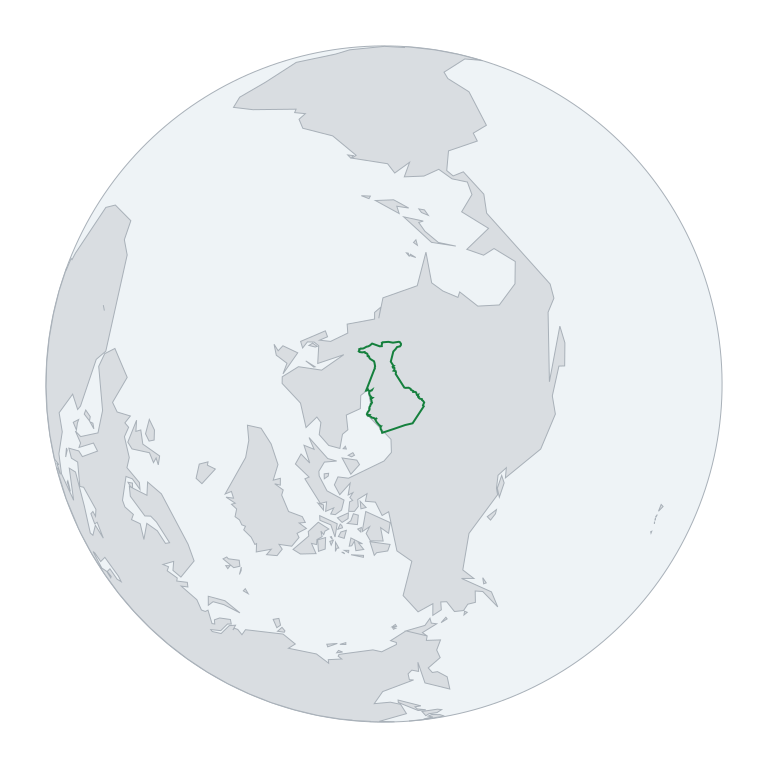 the Earth from above Ontario, rotated 204°
{"feature_id": "CAN-682", "entity_name": "Ontario", "entity_type": "Province", "adm_level": 1, "iso_a3": "CAN", "parent_name": "Canada", "parent_adm1": "", "projection": "orthographic", "projection_center": [-83.246, 49.265], "detail": "medium", "context": "on_globe", "style": "outline", "palette": "green", "viewbox_px": 768, "rotation_deg": 204, "n_neighbors": 0, "source": "natural_earth", "source_scale": "10m", "svg_char_len": 11756}
<svg xmlns="http://www.w3.org/2000/svg" viewBox="0 0 768 768"><g transform="rotate(204 384 384)"><circle cx="384" cy="384" r="338" fill="#eef3f6" stroke="#a8b0b8"/><path d="M425.5,719.4L429.2,718.4L442.4,713.8L456.0,693.3L449.9,689.0L425.2,685.5L395.7,662.0L404.5,649.5L397.6,643.9L419.9,623.2L413.5,604.5L405.5,602.2L397.8,610.1L370.0,598.0L359.7,581.8L272.9,542.9L263.7,531.5L263.3,516.3L233.8,453.3L246.9,508.4L235.5,495.2L226.3,474.0L231.5,471.5L225.4,441.6L215.2,426.2L214.4,388.3L234.9,347.6L238.2,357.3L242.7,347.0L238.9,334.6L235.2,329.0L245.6,282.1L236.4,246.2L222.8,242.9L234.1,237.9L201.3,237.8L189.4,226.6L209.4,234.6L216.5,232.0L211.7,221.7L217.9,216.9L219.2,209.4L227.1,204.8L238.2,210.6L243.5,208.0L239.8,201.0L245.3,192.5L250.0,203.2L260.2,189.7L280.5,198.5L286.5,233.4L304.3,236.8L327.8,269.2L332.2,263.1L343.8,272.6L353.3,269.3L354.9,276.9L361.0,267.8L357.7,261.6L359.2,255.6L364.5,253.3L367.5,262.4L365.3,264.9L369.0,266.4L368.2,272.1L371.6,268.0L374.6,279.7L379.4,264.9L388.3,271.7L388.3,280.4L378.1,283.5L352.7,313.6L349.4,324.5L355.1,336.3L387.3,349.3L388.0,360.3L396.3,372.3L400.6,364.1L395.6,351.9L405.8,340.3L398.4,327.5L401.5,321.2L398.1,307.2L409.5,305.4L422.6,311.4L426.0,323.2L431.9,326.5L437.5,312.5L452.5,332.6L477.3,343.1L479.9,349.2L469.2,365.0L446.6,371.3L432.6,394.5L452.9,375.8L459.2,392.4L464.9,393.9L471.1,391.3L473.0,383.8L477.5,389.0L459.2,408.7L454.8,404.2L460.7,397.8L450.1,401.2L437.8,415.8L442.0,423.7L419.0,439.5L421.7,445.6L418.2,452.9L415.5,441.9L420.0,462.3L393.6,487.3L399.3,521.5L381.6,495.8L368.0,492.9L351.7,493.2L352.3,498.9L330.0,493.3L310.8,503.1L305.1,528.8L313.9,549.3L338.6,552.5L345.4,542.2L363.1,540.7L351.8,568.7L383.1,572.9L380.7,592.8L390.0,602.4L405.3,599.1L421.3,602.4L432.1,590.2L449.7,581.5L450.8,597.0L460.0,581.1L470.3,586.7L505.0,577.3L502.5,581.6L531.8,589.8L562.2,584.6L569.3,591.3L565.8,599.0L576.0,595.6L576.1,599.3L615.3,581.3L634.0,575.5L632.5,587.3L615.0,611.5L595.0,642.1L562.4,665.7L551.3,675.3L521.0,692.6L501.7,699.9L504.4,699.7L496.9,702.5L473.5,709.9L449.7,715.5L425.5,719.4ZM79.2,385.6L81.5,379.4L81.8,386.7L79.2,385.6ZM81.8,373.4L81.2,375.9L81.4,373.3L81.8,373.4ZM81.2,370.0L81.6,372.4L80.8,370.2L81.2,370.0ZM80.1,366.1L80.8,367.9L80.6,367.9L80.1,366.1ZM398.2,532.7L434.0,544.7L414.4,548.8L418.0,545.7L408.8,540.2L391.9,535.4L374.5,539.2L398.2,532.7ZM79.5,358.4L79.4,356.3L80.3,357.5L79.5,358.4ZM412.6,513.3L406.4,512.5L412.4,511.9L412.6,513.3ZM232.6,327.5L238.1,334.9L239.3,348.3L234.0,342.5L232.6,327.5ZM231.3,303.0L235.7,304.8L230.2,315.0L229.4,310.8L231.3,303.0ZM211.7,242.0L215.0,247.2L209.7,243.9L211.7,242.0ZM218.0,209.2L215.1,209.3L217.0,205.5L218.0,209.2ZM392.0,309.3L395.0,308.3L394.0,311.4L392.0,309.3ZM387.7,304.3L384.5,308.6L382.0,306.9L384.0,304.3L387.7,304.3ZM230.8,195.1L234.8,189.2L232.6,196.1L230.8,195.1ZM392.2,299.4L377.9,303.4L373.6,300.4L377.6,288.1L392.2,299.4ZM238.3,186.4L247.8,172.5L242.1,171.4L263.5,167.4L248.4,180.1L246.7,188.7L243.5,184.8L238.3,186.4ZM354.3,260.6L358.1,267.2L350.1,263.9L354.3,260.6ZM348.8,260.1L322.0,259.9L319.1,249.5L328.7,251.4L320.9,240.2L332.7,235.2L339.5,240.2L339.1,247.8L343.9,240.2L348.8,260.1ZM273.9,167.7L277.8,165.5L275.8,169.0L273.9,167.7ZM359.2,253.0L354.1,253.7L351.1,244.7L360.9,241.7L358.7,245.5L359.2,253.0ZM313.2,239.9L312.7,233.0L322.1,226.9L323.2,223.5L332.7,234.2L313.2,239.9ZM362.1,246.4L366.0,240.5L372.1,242.8L364.1,251.8L362.1,246.4ZM346.3,243.7L345.3,239.4L349.0,240.8L346.3,243.7ZM396.1,248.4L390.0,248.9L388.0,244.2L396.1,248.4ZM367.0,238.2L364.9,237.5L363.4,235.8L367.1,232.5L367.0,238.2ZM338.6,229.3L342.6,228.4L335.2,224.6L341.9,220.3L347.1,228.4L347.7,223.1L349.8,221.7L351.6,229.9L338.6,229.3ZM366.5,224.3L375.3,233.7L387.1,233.4L389.2,237.6L369.9,237.3L366.5,224.3ZM357.6,226.8L363.6,226.1L363.2,231.3L358.9,235.0L357.6,226.8ZM344.7,214.6L333.0,219.1L332.3,217.3L344.7,214.6ZM370.0,223.2L367.8,221.0L370.8,222.5L370.0,223.2ZM352.5,215.9L348.5,217.7L347.8,215.5L352.5,215.9ZM366.7,215.3L369.5,218.2L366.7,220.7L366.7,215.3ZM360.3,214.7L360.3,211.3L364.0,219.8L358.6,215.8L360.3,214.7ZM352.5,213.6L350.8,212.9L354.3,213.2L352.5,213.6ZM375.8,204.5L381.2,214.6L374.9,220.0L370.6,209.3L375.8,204.5ZM248.2,74.6L248.4,74.5L259.3,69.9L259.4,70.2L275.8,63.9L276.6,64.0L288.9,59.7L287.1,60.3L310.2,54.2L333.6,49.9L357.2,47.1L381.0,46.1L404.8,46.7L428.5,49.0L452.0,53.0L475.1,58.6L497.8,65.8L519.9,74.6L541.3,84.9L562.0,96.8L581.8,110.0L600.6,124.6L604.2,127.7L627.6,149.8L648.7,174.0L647.6,174.6L643.6,170.4L643.3,170.2L642.8,170.0L650.3,178.1L648.2,178.0L654.5,181.5L668.4,201.4L680.8,222.4L691.6,244.1L700.9,266.6L708.5,289.7L714.4,313.3L718.7,337.2L721.2,361.4L721.0,358.6L720.6,357.9L720.9,371.4L719.6,370.7L719.1,378.0L709.9,432.2L702.2,438.2L681.7,430.2L679.9,410.2L671.1,397.4L651.5,300.8L656.9,289.5L652.3,240.4L653.5,236.1L664.3,248.1L669.1,225.6L658.5,209.5L652.6,188.0L642.1,170.8L620.2,151.5L637.3,179.1L630.0,178.1L608.2,150.7L591.7,128.4L588.4,127.4L590.2,137.5L577.7,129.0L589.8,141.0L591.4,138.6L599.0,146.3L598.1,149.1L593.7,145.8L596.2,152.3L616.4,167.5L620.2,166.7L632.1,188.1L639.4,189.1L645.8,197.2L635.6,198.7L630.0,195.0L618.4,206.2L625.4,211.9L636.8,202.0L637.2,206.7L646.8,215.5L639.7,212.6L625.4,223.0L630.3,245.3L651.8,284.1L651.5,298.1L644.3,307.0L621.3,285.6L624.5,256.8L616.4,249.9L602.7,251.6L604.9,243.1L599.7,240.6L599.7,230.3L586.8,213.2L584.8,203.0L567.4,194.5L564.0,188.4L575.3,195.0L582.1,194.6L575.6,171.4L570.7,166.3L559.9,162.9L559.5,157.4L549.9,157.2L540.1,144.3L544.0,160.2L531.4,157.7L518.8,149.5L515.3,151.8L535.8,165.4L543.4,168.4L548.8,166.2L570.1,178.3L575.0,186.9L555.3,185.9L560.1,198.3L542.7,193.1L497.9,158.0L485.5,145.1L491.0,125.0L501.0,127.9L504.0,136.4L512.6,129.2L506.5,129.4L506.1,125.2L494.0,122.7L493.2,119.7L483.0,122.8L480.6,118.8L487.1,116.9L467.2,110.8L458.9,103.3L454.8,103.5L452.8,105.8L443.7,95.2L441.0,95.9L443.0,99.6L439.0,103.4L428.5,106.4L425.9,102.6L429.4,101.0L432.8,92.3L442.4,89.2L440.2,88.0L431.3,89.8L427.1,100.3L421.5,103.3L422.0,97.8L421.4,100.0L417.8,100.3L411.8,97.2L410.6,103.2L374.5,114.5L359.3,110.4L363.8,103.7L335.9,109.9L321.0,106.4L322.8,109.5L310.7,115.6L315.2,116.7L315.1,118.7L286.0,136.6L277.2,138.4L266.7,151.1L267.6,152.9L273.6,152.2L263.5,167.4L242.1,171.4L241.0,167.0L228.3,173.2L227.7,162.4L221.4,156.9L228.1,142.6L222.5,140.1L218.1,143.0L207.2,142.2L199.8,132.1L225.0,127.6L239.9,143.6L235.5,135.5L242.2,133.9L244.1,129.0L240.5,124.1L236.6,125.7L260.1,102.5L262.9,88.0L248.8,95.9L238.6,98.1L229.4,92.0L251.1,73.9L237.8,79.4L237.0,79.7L248.2,74.6ZM669.3,337.3L672.5,341.9L669.3,337.3ZM581.6,112.6L567.0,101.1L561.0,100.0L554.8,95.8L555.0,97.3L560.6,100.1L559.2,103.7L548.4,97.1L543.7,96.5L548.4,100.4L568.5,112.1L570.6,106.6L579.4,112.0L581.6,112.6ZM506.0,576.8L510.3,578.5L504.8,580.2L506.0,576.8ZM412.1,556.1L419.5,555.9L423.4,558.1L417.9,559.5L412.1,556.1ZM473.1,547.2L481.3,546.8L472.9,550.1L473.1,547.2ZM439.5,545.9L466.5,548.1L450.1,556.2L433.0,554.8L444.6,551.6L439.5,545.9ZM409.9,524.3L414.6,525.3L413.5,528.7L409.9,524.3ZM416.9,512.9L415.1,513.4L412.6,510.8L416.9,512.9ZM460.3,391.2L461.9,389.8L468.3,388.7L465.8,392.3L460.3,391.2ZM494.1,366.5L500.6,375.6L494.2,371.3L491.9,377.8L475.5,377.4L480.4,352.2L481.1,363.5L494.1,366.5ZM455.0,370.9L464.9,373.3L453.9,371.7L455.0,370.9ZM571.2,239.3L575.4,236.3L581.6,241.5L584.0,256.2L575.0,248.6L571.2,239.3ZM579.9,231.0L559.7,227.0L557.3,218.3L562.1,223.7L562.6,218.4L570.3,225.8L587.8,222.2L594.4,226.7L595.3,250.3L591.4,239.8L587.5,243.1L579.9,231.0ZM512.3,238.0L503.5,237.7L509.8,218.9L517.3,221.4L520.2,235.7L513.1,241.3L512.3,238.0ZM402.1,277.6L398.3,279.9L397.5,277.2L400.0,273.1L402.1,277.6ZM393.5,249.0L417.7,265.2L414.6,268.5L432.4,274.9L431.3,286.3L419.7,281.6L432.2,295.5L421.3,295.9L430.7,304.6L405.1,293.0L395.9,294.4L406.7,288.4L408.0,277.8L405.8,273.6L392.6,263.2L373.3,261.7L371.5,251.6L375.4,244.8L379.8,243.6L379.5,250.4L385.5,243.9L388.5,253.0L393.5,249.0ZM421.9,180.3L419.8,187.2L432.4,178.6L435.5,186.4L436.7,184.9L443.0,190.0L452.8,193.7L452.7,197.7L456.6,197.5L460.8,201.1L466.1,202.2L467.8,209.9L474.4,212.1L471.4,214.6L482.3,216.4L475.0,218.5L479.7,223.8L484.4,218.9L480.5,260.6L484.6,277.5L492.0,290.8L478.3,293.6L462.7,283.3L448.1,267.3L446.1,251.1L440.3,255.7L437.6,249.4L443.3,248.4L433.0,246.2L432.3,240.9L419.3,228.7L404.7,229.6L399.6,225.5L405.0,222.5L396.1,220.5L402.7,212.2L399.2,209.2L402.3,198.3L414.7,194.8L409.8,191.7L411.9,183.7L421.9,180.3ZM377.1,201.4L391.2,194.7L399.8,195.9L390.9,214.5L393.2,218.4L387.8,231.0L375.4,229.1L378.1,225.6L377.8,221.9L381.8,223.9L378.4,219.4L382.0,214.6L380.3,209.9L385.4,208.9L377.1,201.4ZM648.5,227.4L648.2,223.6L646.3,216.9L652.3,222.6L648.5,227.4ZM639.1,234.7L638.0,230.5L645.6,234.6L645.9,238.9L639.1,234.7ZM630.8,225.0L637.3,229.9L634.0,229.8L630.8,225.0ZM573.5,191.2L571.5,187.0L573.8,187.1L577.9,190.1L573.5,191.2ZM459.9,158.8L457.3,162.0L455.1,161.0L444.6,164.1L441.5,158.9L446.6,155.1L459.9,158.8ZM626.8,158.3L633.6,165.7L633.5,167.0L631.2,164.2L626.8,158.3ZM646.5,194.7L645.1,187.8L648.1,196.4L646.5,194.7ZM454.7,153.7L450.7,155.4L451.6,151.8L454.7,153.7ZM438.6,155.4L438.6,151.2L439.9,158.7L438.6,155.4ZM422.5,116.3L440.6,117.3L451.6,115.6L454.5,110.4L458.2,118.6L441.2,121.3L422.5,116.3ZM380.7,114.8L378.2,120.2L374.1,118.2L374.1,116.7L380.7,114.8ZM382.8,117.8L389.5,123.9L384.7,127.1L380.4,121.6L382.8,117.8ZM422.8,137.2L428.4,137.8L427.5,140.6L422.8,137.2ZM224.1,86.3L222.7,87.1L211.2,93.7L211.3,94.3L204.0,99.7L208.5,98.6L205.9,101.5L198.4,104.7L193.8,105.2L211.5,93.4L215.2,91.2L224.1,86.3ZM210.9,98.0L216.1,100.3L202.9,108.7L198.9,110.0L202.0,105.3L208.8,101.1L210.9,98.0ZM213.4,103.4L220.0,99.6L241.4,98.9L242.6,101.0L219.4,105.0L224.4,101.7L221.5,100.7L213.4,103.4ZM275.6,163.8L277.6,165.3L273.8,165.8L275.6,163.8ZM317.9,119.2L317.2,122.1L312.8,122.3L317.9,119.2ZM312.9,130.5L318.4,128.2L313.7,132.2L312.9,130.5ZM330.4,123.0L321.1,128.0L328.5,121.0L330.4,123.0Z" fill="#d9dde1" stroke="#a8b0b8" stroke-width="1"/><path d="M360.0,390.6L357.7,390.4L357.0,389.6L354.5,389.5L354.1,388.6L352.5,389.4L351.3,389.4L349.5,387.4L348.7,387.4L348.3,388.0L348.0,386.7L347.2,386.5L347.4,386.0L346.3,385.4L345.2,385.2L343.2,385.6L342.8,384.8L341.5,384.5L339.8,383.5L339.7,380.3L338.6,379.8L341.9,359.7L348.0,355.1L356.8,346.9L365.8,338.7L367.5,340.7L368.6,341.3L369.7,343.5L369.6,343.9L370.0,343.7L370.5,344.0L370.4,344.3L371.7,344.5L375.2,346.2L377.7,348.1L376.8,349.5L376.7,350.1L377.4,348.7L377.9,348.4L379.4,348.8L381.7,348.3L382.8,348.9L382.9,349.1L382.8,349.3L382.9,349.1L382.9,348.9L382.4,348.6L384.2,349.1L384.9,348.8L385.2,349.2L385.0,349.6L386.0,349.2L387.1,349.8L387.0,349.2L387.4,349.5L387.3,350.6L387.5,351.2L386.8,353.9L387.0,355.4L387.5,355.7L387.9,357.2L387.6,358.4L388.0,360.3L387.5,360.7L387.4,362.2L388.3,362.9L388.7,363.8L390.0,365.1L390.4,366.0L389.1,366.3L388.9,366.7L390.3,366.4L390.8,367.2L392.2,367.7L393.7,369.4L394.4,371.5L392.3,373.4L392.5,373.3L392.5,373.6L392.9,372.9L394.5,371.6L396.0,372.0L397.8,373.8L398.8,393.5L398.6,394.3L399.2,395.4L399.3,396.5L401.4,399.6L402.4,400.7L406.8,401.3L408.1,402.0L408.7,402.9L409.7,403.4L410.0,403.3L409.9,402.8L410.3,402.8L411.3,404.6L412.5,405.0L413.7,404.7L414.6,405.4L416.8,404.0L419.3,403.3L420.4,403.6L420.2,405.2L420.8,405.7L419.5,407.1L418.7,407.2L417.2,408.2L415.0,411.1L413.9,411.8L412.7,413.2L411.3,416.1L403.2,416.7L401.4,417.7L402.0,418.8L402.2,420.3L402.7,420.7L402.3,421.5L397.1,424.3L392.6,425.4L387.6,428.6L386.5,428.7L384.8,427.6L384.4,426.5L384.7,424.9L387.1,423.1L387.6,420.6L388.7,417.5L386.9,407.2L383.0,404.6L382.4,404.6L383.1,403.2L382.5,402.6L381.1,402.9L380.5,401.9L380.3,400.7L380.5,400.1L378.6,400.5L377.8,399.5L377.4,397.9L364.0,389.0L362.8,389.2L360.0,390.6ZM397.8,373.6L396.9,372.3L397.1,371.1L397.7,370.7L397.8,373.6Z" fill="none" stroke="#15803d" stroke-width="2"/></g></svg>